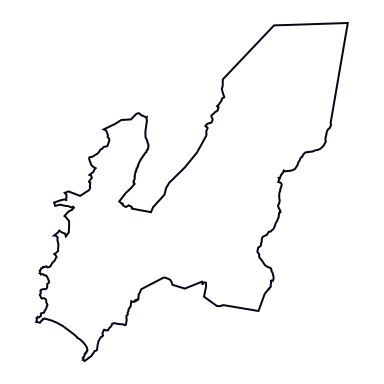 Fljótsdalshérað, Austurland, Iceland, rotated 180°
{"feature_id": "244011B83679589752148", "entity_name": "Fljótsdalshérað", "entity_type": "district", "adm_level": 2, "iso_a3": "ISL", "parent_name": "Iceland", "parent_adm1": "Austurland", "projection": "albers", "projection_center": [-14.894, 65.096], "detail": "fine", "context": "isolated", "style": "outline", "palette": "ink", "viewbox_px": 384, "rotation_deg": 180, "n_neighbors": 0, "source": "geoboundaries", "source_scale": "gbopen_adm2", "svg_char_len": 5976}
<svg xmlns="http://www.w3.org/2000/svg" viewBox="0 0 384 384"><g transform="rotate(180 192 192)"><path d="M115.2,94.8L114.8,95.6L113.3,97.2L113.2,100.0L112.8,101.1L113.1,102.4L113.0,103.3L112.4,103.5L111.1,103.2L110.5,104.9L110.4,106.5L111.1,110.2L112.6,113.3L112.7,115.0L112.9,115.4L113.8,116.1L116.4,117.1L119.1,118.9L122.3,123.8L124.5,126.4L125.0,127.9L124.7,129.6L126.3,131.6L126.6,132.2L126.5,133.3L126.1,134.4L126.1,135.7L125.7,136.5L123.6,137.8L123.2,138.3L122.9,140.0L123.0,140.7L122.3,142.1L122.3,144.2L121.6,146.7L120.7,147.5L117.1,149.2L115.2,152.2L113.2,152.5L112.4,153.6L110.7,154.7L109.2,158.0L108.4,160.7L106.9,162.9L106.4,164.6L105.4,166.5L104.9,170.9L103.6,171.6L103.7,172.2L104.1,172.6L103.7,173.2L105.6,176.8L106.0,178.6L104.7,180.8L104.7,181.7L104.3,183.1L104.5,185.1L104.9,187.3L104.7,188.2L104.8,190.1L104.3,192.2L103.8,192.9L103.8,194.6L102.4,198.3L102.4,199.5L102.7,200.5L103.5,201.4L105.7,201.9L105.2,203.8L104.4,205.1L105.2,206.1L103.9,206.4L102.9,209.2L102.0,209.9L101.7,210.7L100.8,211.6L100.1,213.5L98.7,212.7L94.8,213.1L91.3,213.8L89.0,215.1L86.3,219.1L86.3,220.1L85.6,221.6L84.3,223.7L83.2,226.3L81.6,227.4L81.4,227.9L81.3,228.8L79.3,231.0L78.5,231.6L71.4,232.5L68.7,233.7L66.5,234.0L63.5,235.3L60.3,238.4L58.2,242.5L58.6,244.1L58.4,246.5L57.6,249.7L57.3,251.8L56.3,254.3L54.3,256.0L53.3,258.0L52.9,259.4L53.4,260.9L36.2,361.0L110.0,358.6L161.2,304.6L161.3,297.9L162.1,295.6L162.1,294.8L161.4,291.8L159.8,287.1L159.8,286.6L161.7,285.7L162.8,282.9L164.9,279.9L166.9,277.7L165.4,276.9L166.1,274.9L166.0,274.2L166.2,273.9L167.0,272.9L169.0,271.9L170.8,269.9L172.4,268.8L172.6,267.8L172.5,267.1L171.7,265.7L171.3,264.0L172.6,261.4L175.9,260.5L177.5,259.3L178.6,258.0L176.5,256.3L176.5,255.5L177.6,253.2L177.7,251.4L177.5,249.2L178.0,247.8L187.0,231.5L199.2,216.5L214.7,201.3L217.7,196.2L218.3,194.6L218.8,192.1L219.6,189.2L230.9,176.8L233.0,171.8L252.2,175.4L252.3,175.8L252.0,176.6L252.1,176.9L255.1,178.7L258.0,177.0L260.3,178.1L261.4,179.2L261.1,179.8L261.3,180.3L262.0,180.2L262.9,180.8L264.8,182.6L258.2,191.0L253.3,195.6L249.4,200.1L250.4,201.1L250.5,201.6L250.1,202.3L250.4,202.8L249.3,205.2L249.2,206.4L249.5,207.4L249.2,207.7L249.3,208.2L248.6,211.1L248.6,212.0L247.8,212.7L248.0,213.4L247.7,214.4L247.4,214.6L247.2,215.4L247.3,215.8L246.8,216.1L246.2,217.1L246.3,217.7L245.9,218.2L246.1,218.5L245.0,220.9L245.0,221.3L243.7,223.4L243.6,224.0L242.7,225.1L242.3,226.1L241.7,226.4L240.8,228.4L240.1,228.8L239.4,230.3L238.9,230.6L238.5,231.4L237.6,231.9L237.3,233.4L236.8,233.7L236.6,234.5L236.1,234.8L235.9,235.8L235.7,236.0L235.8,236.6L235.5,237.9L235.7,238.2L235.6,239.4L236.1,240.5L236.1,240.8L236.4,241.2L236.4,241.9L236.9,242.8L237.1,244.2L238.3,246.3L238.5,247.1L238.6,252.7L237.1,263.0L237.1,263.6L237.5,265.2L237.2,266.9L237.9,266.6L241.6,268.5L242.2,268.4L245.1,270.8L247.6,270.2L253.0,264.6L262.7,264.0L269.0,260.0L280.3,254.6L278.2,253.6L277.4,252.5L276.1,248.9L276.4,247.1L275.0,245.4L274.7,244.5L274.9,242.6L276.7,237.8L280.2,237.1L281.8,235.3L283.5,234.5L284.7,232.4L286.2,230.6L291.9,227.1L293.5,227.0L294.8,226.4L294.8,224.9L294.5,223.8L292.8,219.3L291.5,217.7L288.4,215.8L289.6,214.5L290.6,212.1L294.5,209.1L292.9,208.4L292.1,206.2L295.0,202.5L294.7,201.7L293.7,201.3L294.1,199.9L293.9,198.8L294.2,197.7L293.8,196.1L294.9,193.9L303.9,188.1L315.5,192.6L319.3,191.1L317.5,189.2L317.8,184.0L319.6,184.6L323.5,183.7L329.9,181.4L328.8,178.1L323.9,179.3L318.0,178.0L316.2,178.0L312.0,176.4L311.6,177.0L311.0,177.3L310.1,176.4L311.8,174.3L314.9,172.8L316.5,171.4L319.5,168.0L318.5,167.3L314.9,162.9L314.9,158.5L315.2,151.7L315.3,151.5L318.1,147.6L318.3,148.0L318.6,149.7L319.0,150.4L322.0,151.5L324.8,153.4L326.1,151.5L329.8,148.5L328.6,148.5L326.6,146.9L326.4,146.3L326.6,144.1L325.6,139.5L326.0,133.0L328.3,130.7L329.7,130.0L327.9,128.0L327.4,127.0L328.4,125.5L329.3,123.4L331.8,120.9L333.4,118.0L334.0,117.7L334.5,117.0L336.5,116.6L337.0,116.8L337.4,117.5L338.0,117.7L339.6,116.9L341.0,117.1L341.3,116.0L343.0,115.6L343.3,114.3L344.3,113.2L343.8,112.0L344.0,111.0L344.3,110.7L343.6,110.3L343.1,109.5L342.2,109.9L341.2,109.8L340.3,109.4L339.8,108.7L338.2,108.6L337.1,107.6L335.6,104.4L334.8,101.9L335.5,100.9L336.8,100.0L336.7,97.3L337.2,95.8L337.8,95.1L338.4,94.8L340.8,94.9L343.1,94.1L343.5,93.6L343.5,92.8L343.1,90.8L344.0,89.5L344.1,88.9L343.5,87.9L342.9,86.2L342.4,85.5L339.8,85.8L338.2,84.7L337.9,83.8L337.7,81.7L336.5,78.9L337.4,77.3L337.7,75.7L339.5,72.9L339.8,71.6L341.3,70.9L342.9,70.7L343.2,69.9L343.0,68.1L345.2,66.5L346.4,67.1L346.8,66.2L347.5,65.9L347.1,64.1L347.8,62.0L345.9,61.8L344.5,61.3L343.8,61.5L343.0,62.8L341.6,63.8L341.6,64.3L341.1,65.0L340.3,64.9L339.6,65.5L332.4,63.5L327.0,61.2L321.2,58.0L310.0,49.6L306.9,46.8L306.7,46.1L304.5,45.0L300.5,41.4L297.8,37.8L296.9,35.8L296.7,34.6L296.9,34.0L296.7,33.8L296.7,33.1L297.3,32.6L297.3,32.2L297.5,32.0L297.8,31.9L297.8,31.4L298.4,31.2L298.4,30.7L299.3,30.2L299.1,29.8L299.2,29.5L299.2,29.3L299.9,27.8L300.3,27.6L300.6,27.9L300.4,27.3L300.2,27.1L300.9,26.4L300.5,26.3L300.5,25.3L301.2,24.1L299.4,23.0L292.6,28.0L289.3,33.0L287.8,33.4L287.0,34.0L286.3,39.5L285.8,40.9L285.7,42.4L283.1,46.9L281.9,47.4L281.0,48.4L281.0,48.7L281.4,50.1L281.5,50.9L280.1,54.2L279.8,54.3L277.9,53.5L276.0,53.8L274.6,56.0L272.6,58.0L271.9,60.1L269.7,60.9L265.7,60.0L260.5,59.6L259.0,58.8L258.4,59.0L258.0,59.8L257.8,61.6L257.4,63.1L257.4,65.2L257.7,67.9L256.3,69.4L256.2,69.7L256.4,71.3L255.5,72.9L255.5,74.3L255.3,74.9L253.3,77.8L252.7,82.8L251.0,82.0L250.1,82.4L249.2,82.3L248.8,82.9L249.0,83.6L248.7,83.8L247.8,83.3L247.5,84.2L246.8,84.5L246.4,84.0L246.1,84.0L245.4,85.6L245.7,86.7L245.3,88.3L245.4,89.6L244.6,90.5L242.7,94.8L220.4,106.4L218.6,106.3L214.4,104.6L213.6,103.9L212.6,102.3L211.5,99.2L199.2,95.4L182.0,102.3L181.5,100.4L181.6,100.0L181.5,99.9L181.0,100.1L181.2,100.7L180.8,101.5L178.3,101.6L178.1,101.4L177.9,97.6L180.0,87.3L166.9,77.9L162.9,78.0L162.2,78.5L160.7,78.9L125.5,73.0L119.3,90.1L115.4,95.0L115.2,94.8Z" fill="none" stroke="#020617" stroke-width="2"/></g></svg>